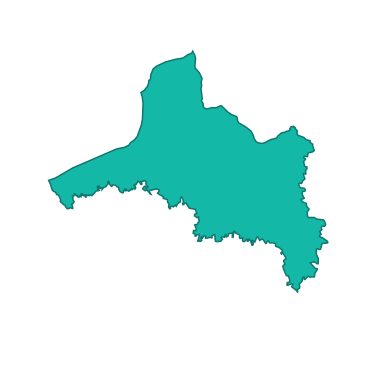 the district of Chhloung, Krâchéh, Cambodia, rotated 339°
{"feature_id": "14789045B96545795392219", "entity_name": "Chhloung", "entity_type": "district", "adm_level": 2, "iso_a3": "KHM", "parent_name": "Cambodia", "parent_adm1": "Krâchéh", "projection": "robinson", "projection_center": [106.098, 12.159], "detail": "fine", "context": "isolated", "style": "filled", "palette": "teal", "viewbox_px": 384, "rotation_deg": 339, "n_neighbors": 0, "source": "geoboundaries", "source_scale": "gbopen_adm2", "svg_char_len": 6087}
<svg xmlns="http://www.w3.org/2000/svg" viewBox="0 0 384 384"><g transform="rotate(339 192 192)"><path d="M276.3,314.5L277.5,312.0L281.5,309.0L281.3,308.4L279.5,307.2L277.0,300.6L280.6,300.7L282.7,302.9L283.1,303.9L283.9,304.2L284.7,303.2L286.0,299.4L285.8,294.5L287.6,290.1L288.6,289.8L290.2,291.4L291.1,291.5L291.9,291.1L294.7,287.0L295.4,286.8L300.2,288.1L300.8,287.7L300.6,286.2L297.2,281.2L296.0,280.5L295.2,279.1L295.9,278.0L297.4,277.9L297.0,274.7L299.7,273.8L299.8,272.1L300.7,270.7L301.6,270.4L303.1,271.4L303.9,271.3L304.7,270.9L305.2,269.6L305.2,266.5L304.7,265.1L298.9,262.1L296.9,259.6L291.7,257.6L291.0,256.6L292.4,251.9L295.0,250.2L295.1,249.4L293.9,246.7L294.6,243.6L291.4,240.6L291.1,238.4L291.8,237.9L293.7,238.3L294.6,238.1L294.1,234.9L294.6,232.0L295.1,231.3L297.9,231.6L298.5,230.6L298.3,228.9L297.1,228.0L295.3,227.5L294.7,226.7L294.2,225.2L294.6,222.6L295.6,222.2L297.4,223.3L299.4,221.2L301.9,220.4L302.3,219.5L302.1,217.5L302.6,214.7L304.6,216.0L305.9,212.4L307.5,211.7L308.3,209.8L307.1,209.0L306.4,207.9L307.1,203.6L309.7,202.1L309.7,201.4L308.5,199.9L308.7,199.4L309.1,199.0L310.4,199.0L312.1,200.3L312.6,200.2L313.8,198.0L315.0,197.1L318.6,197.8L320.6,197.3L321.0,197.0L321.3,191.8L321.8,190.6L320.1,188.0L320.6,186.4L317.4,184.1L316.0,181.2L311.4,177.1L310.8,175.9L312.2,172.5L311.3,170.4L311.3,168.5L310.0,166.9L309.0,167.1L308.1,166.6L306.7,167.4L306.1,168.6L305.7,168.3L305.2,169.4L304.0,169.6L302.0,169.2L299.6,169.6L298.1,168.9L296.1,169.1L292.0,170.6L290.3,172.0L284.1,171.3L276.8,172.1L274.1,171.5L270.7,169.2L270.0,168.0L269.1,164.4L269.5,161.2L268.9,156.3L265.7,150.8L260.3,144.1L260.1,141.7L260.8,138.8L260.5,137.4L256.8,134.0L254.1,130.2L250.5,122.2L249.8,121.7L244.6,122.0L240.7,120.3L235.5,119.9L233.3,117.6L233.2,116.7L234.1,113.3L233.4,110.4L235.0,108.7L237.4,98.8L239.2,96.1L239.9,92.8L242.1,89.6L241.6,83.3L239.3,77.4L240.1,74.9L243.2,68.6L243.6,65.5L243.1,60.8L242.1,61.8L240.3,62.4L237.2,62.4L231.5,63.7L224.2,62.2L213.9,61.1L204.2,61.8L200.0,63.1L195.7,67.5L193.7,71.7L192.8,72.3L191.7,72.3L190.9,74.1L188.7,77.1L183.9,80.0L180.0,80.8L179.6,85.6L178.1,91.7L171.9,106.1L168.5,111.6L160.7,120.6L156.7,122.8L152.3,123.9L149.7,125.7L144.7,126.1L137.4,124.8L89.2,126.8L69.6,130.0L62.3,129.8L62.7,133.8L62.2,140.0L63.0,141.9L64.6,143.3L64.7,145.9L66.3,146.7L66.6,152.2L65.6,153.7L67.6,157.7L68.8,158.8L68.6,160.1L69.3,162.6L70.4,163.3L72.7,163.0L74.4,164.6L75.0,164.4L75.4,160.2L76.6,160.3L78.5,158.7L78.0,156.6L78.9,154.4L78.7,153.5L78.9,153.1L80.5,153.3L81.3,151.7L81.9,151.8L82.6,154.1L83.9,154.1L83.6,155.6L84.5,156.5L86.1,155.5L86.6,156.6L87.1,155.8L88.0,155.7L88.2,155.4L87.6,154.2L88.3,153.8L89.3,154.9L89.1,155.5L89.5,156.6L90.3,156.1L90.6,156.5L90.7,158.7L91.4,158.7L91.5,156.8L91.8,156.6L92.7,157.6L94.3,158.3L94.2,157.7L95.7,158.2L97.3,159.5L98.8,158.9L98.8,158.5L100.7,158.1L101.3,157.4L102.8,156.8L106.0,157.3L105.5,155.7L105.0,155.6L105.7,154.5L105.2,153.3L105.8,152.9L106.2,153.7L107.3,153.2L107.3,154.2L106.5,154.9L106.7,155.3L107.8,155.9L108.6,155.4L109.4,156.1L108.9,157.5L111.4,156.0L113.3,156.2L115.8,154.8L116.4,154.3L117.1,152.3L117.8,152.1L118.2,152.5L117.7,154.6L118.7,157.9L119.4,158.0L120.0,157.0L120.5,156.9L123.3,158.4L123.8,160.3L125.2,161.3L124.6,163.4L125.0,166.0L126.7,167.9L127.6,167.9L128.9,166.1L130.2,166.9L130.6,165.2L131.5,166.0L131.6,167.3L132.5,167.5L133.2,168.6L135.5,168.0L136.5,167.2L136.8,168.4L139.0,167.7L139.7,168.9L140.8,168.1L141.2,166.4L140.0,165.0L141.5,164.6L142.5,165.0L143.1,164.2L144.9,163.3L145.2,162.4L146.8,163.9L146.7,165.9L147.4,166.9L148.0,166.8L148.3,165.9L148.2,163.9L152.1,164.7L153.0,165.9L151.8,167.8L152.0,170.1L152.8,171.4L152.6,171.8L150.5,172.4L150.5,170.1L149.6,169.6L147.3,171.1L147.3,172.0L148.7,174.0L150.7,174.2L151.9,177.2L151.9,178.3L152.8,179.2L152.3,175.9L153.6,175.2L154.8,175.8L159.7,176.3L161.7,177.9L161.8,179.3L159.4,180.7L160.6,182.7L163.6,186.0L162.8,187.7L166.3,190.1L165.6,192.9L166.1,194.9L164.7,197.9L165.1,199.7L166.0,199.7L166.6,197.9L167.4,197.7L169.4,199.2L171.9,198.3L172.2,199.7L174.6,197.7L177.7,197.1L178.8,193.9L180.1,192.9L180.8,193.1L180.7,197.6L179.2,199.4L179.0,200.6L179.7,200.8L181.5,199.7L182.5,200.2L183.6,206.1L188.9,209.3L188.7,213.8L186.5,213.7L185.8,215.2L187.7,217.9L189.2,217.8L188.4,220.2L188.4,222.1L186.8,222.6L185.1,224.3L183.0,223.5L182.7,224.1L182.9,227.7L181.6,229.4L179.6,228.5L178.3,231.1L179.8,232.4L179.5,233.5L179.1,233.9L179.2,234.4L179.7,234.7L180.6,233.8L183.1,234.2L183.6,235.0L179.7,239.9L180.6,240.5L181.1,239.9L181.7,240.0L182.1,241.0L182.7,241.1L183.9,240.5L183.8,238.4L184.3,237.3L184.9,237.2L184.5,238.6L185.1,238.9L187.3,237.2L188.8,238.0L188.9,238.5L188.0,239.7L188.4,240.3L192.7,240.8L193.9,241.9L194.4,241.8L194.6,240.2L197.4,239.7L198.0,240.0L198.0,240.4L196.4,244.9L196.4,246.6L198.0,247.5L201.3,248.3L203.5,247.0L202.7,244.9L204.5,244.7L206.0,245.9L208.1,243.8L208.5,244.2L207.6,245.5L207.7,246.1L208.3,246.4L210.2,245.9L210.8,244.5L211.4,244.2L214.7,244.6L214.8,245.3L213.4,248.4L214.1,249.0L216.8,243.8L217.4,244.0L217.9,244.3L217.6,245.4L217.9,245.8L221.1,249.3L220.0,251.5L220.2,252.6L223.0,253.0L221.8,255.3L221.9,256.4L223.3,257.1L226.2,255.7L226.7,256.8L226.1,257.9L226.5,258.1L227.3,257.6L227.8,256.3L228.6,256.7L229.1,259.0L228.9,263.1L229.5,263.4L230.8,262.5L230.9,260.8L230.3,258.8L231.5,259.1L232.8,261.2L235.5,258.2L236.8,257.3L237.4,257.7L237.9,261.5L240.4,261.0L241.4,262.0L242.3,266.4L243.2,266.4L244.6,265.0L245.6,265.0L246.5,267.5L248.8,268.2L251.2,269.8L251.5,270.6L250.7,272.0L250.7,272.7L253.4,275.0L255.6,278.9L255.1,279.9L253.0,280.8L253.4,282.1L254.7,281.4L255.2,282.1L255.9,286.9L255.6,288.0L253.1,288.8L252.7,289.4L252.9,292.6L250.2,293.7L249.9,297.0L250.1,303.7L251.9,305.1L251.7,309.7L250.6,311.1L248.5,310.7L247.3,313.0L248.1,313.4L252.4,313.3L253.1,313.8L253.0,314.4L251.1,316.1L251.2,316.5L253.8,320.6L254.7,323.2L255.1,322.7L255.3,320.8L257.9,320.3L258.6,319.3L259.1,316.6L263.1,314.5L263.8,312.4L264.7,311.4L266.2,311.6L265.3,313.5L266.1,314.2L270.1,312.2L271.7,313.9L273.4,314.1L275.6,315.1L276.3,314.5Z" fill="#14b8a6" stroke="#0f766e" stroke-width="1.5"/></g></svg>